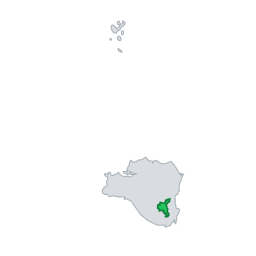 location of Orellana, Orellana, Ecuador, rotated 75°
{"feature_id": "8360857B2632512841058", "entity_name": "Orellana", "entity_type": "district", "adm_level": 2, "iso_a3": "ECU", "parent_name": "Ecuador", "parent_adm1": "Orellana", "projection": "mercator", "projection_center": [-76.797, -0.605], "detail": "fine", "context": "in_parent", "style": "filled", "palette": "green", "viewbox_px": 256, "rotation_deg": 75, "n_neighbors": 0, "source": "geoboundaries", "source_scale": "gbopen_adm2", "svg_char_len": 6784}
<svg xmlns="http://www.w3.org/2000/svg" viewBox="0 0 256 256"><g transform="rotate(75 128 128)"><path d="M233.0,106.6L232.3,107.1L230.6,107.2L229.2,106.8L228.7,106.8L228.6,107.3L230.4,108.4L231.2,110.5L232.5,111.7L233.3,112.4L233.4,112.8L233.1,113.6L233.1,114.3L233.5,117.5L233.2,117.7L232.2,117.7L231.5,117.1L229.4,124.9L222.7,132.7L215.1,138.2L206.4,141.4L199.9,143.6L198.9,144.4L195.8,148.3L195.6,148.7L196.0,149.4L196.1,149.8L195.6,150.1L195.2,150.1L195.0,149.9L194.9,149.4L194.5,149.0L194.0,148.8L193.7,148.9L193.7,149.4L193.0,151.5L193.0,152.5L192.7,152.9L192.7,153.8L192.1,154.7L191.6,156.1L191.0,156.5L190.4,158.7L189.4,160.9L189.3,161.7L189.6,162.2L189.7,162.6L189.3,164.0L187.0,165.3L186.4,165.9L186.2,166.7L186.4,167.3L186.3,167.8L185.6,168.0L184.8,169.2L184.3,169.5L182.9,169.1L181.8,169.1L181.0,168.7L179.4,166.6L178.8,165.4L178.6,163.7L177.0,162.6L175.0,162.9L174.4,162.5L172.9,161.7L171.6,160.9L170.6,160.5L169.9,160.7L168.6,162.1L167.5,162.7L166.9,162.7L166.2,162.3L166.1,161.8L167.9,159.4L166.6,159.4L166.1,158.8L166.1,158.3L165.8,157.6L166.1,156.8L166.8,156.4L167.8,156.8L168.5,156.8L169.0,156.1L169.9,155.5L170.1,155.1L169.6,154.0L169.5,153.3L169.6,153.0L169.6,151.7L169.3,151.3L169.2,150.6L169.0,150.2L168.9,149.3L168.2,148.8L170.3,148.0L171.1,147.4L172.1,146.8L172.9,145.9L173.4,145.0L174.7,141.0L175.9,138.4L175.7,137.2L174.7,135.5L174.5,133.1L174.5,132.4L174.4,131.8L173.8,132.8L173.9,136.4L173.4,138.0L172.5,138.4L172.0,138.1L172.3,135.5L171.7,136.0L170.8,137.8L169.2,139.1L169.1,139.5L168.7,140.1L167.5,139.6L166.6,139.0L163.6,136.1L161.6,135.4L160.4,134.4L160.2,134.0L160.0,133.4L161.2,132.8L162.5,131.9L162.6,130.1L162.6,128.7L161.7,126.2L162.1,123.0L161.9,121.8L160.8,119.1L161.6,117.8L164.4,116.8L165.3,116.1L165.9,114.0L166.5,112.8L167.8,113.3L168.8,113.2L167.4,112.7L166.4,110.8L166.2,110.0L168.3,107.4L169.3,106.7L170.7,105.3L171.8,103.2L172.1,100.0L171.6,97.6L171.3,95.1L171.9,94.5L173.6,94.2L175.0,93.4L175.7,92.6L177.4,92.7L179.3,91.6L182.3,91.0L186.5,89.7L187.5,88.6L187.1,86.5L188.6,87.7L189.4,88.7L191.5,89.8L194.1,91.8L195.8,92.8L197.6,93.7L200.3,94.6L201.9,94.4L202.6,95.9L203.2,96.4L204.8,96.9L205.0,97.0L205.5,99.8L205.9,100.2L207.2,100.6L208.9,100.8L209.5,100.7L211.0,101.4L213.2,102.0L214.0,102.1L214.3,102.0L214.5,101.7L215.1,101.8L216.1,102.1L217.5,102.2L218.3,101.9L218.5,100.4L218.9,100.0L219.8,99.5L220.4,99.6L223.0,100.8L223.5,101.2L224.2,102.0L225.4,103.3L226.7,104.1L228.8,104.4L230.7,105.7L233.0,106.6ZM27.4,104.9L28.2,105.7L28.7,108.1L31.2,110.6L31.6,112.0L31.3,112.6L31.4,112.9L32.7,113.9L33.5,114.9L32.1,117.3L29.2,118.3L26.1,118.3L25.5,118.0L24.7,117.1L24.5,116.3L25.0,115.5L26.6,114.3L29.1,113.2L29.4,112.4L28.4,111.6L27.7,110.0L26.2,108.9L25.4,105.5L24.9,105.4L23.8,105.8L23.3,105.4L23.2,105.2L24.4,104.4L24.6,103.9L26.3,103.6L27.0,104.1L27.4,104.9ZM39.5,115.1L38.8,115.2L36.8,113.9L36.9,112.7L37.7,111.9L40.3,111.5L41.4,112.2L41.3,113.7L40.4,114.8L39.7,115.0L39.5,115.1ZM170.7,143.5L170.5,144.0L169.2,143.9L168.9,143.8L169.2,141.4L169.5,140.6L170.5,139.9L171.4,139.6L172.4,139.6L173.6,140.3L172.2,141.5L171.2,141.8L170.7,143.5ZM25.4,111.2L24.1,111.4L23.1,110.9L22.6,110.3L22.5,109.2L22.6,108.9L25.0,108.5L25.8,109.4L25.8,110.6L25.4,111.2ZM51.3,116.9L49.7,117.5L48.9,117.0L48.8,116.7L49.7,115.9L50.5,115.4L51.2,114.5L52.5,114.0L52.9,114.1L53.2,114.3L53.3,114.6L52.8,115.3L52.0,115.9L51.3,116.9ZM36.4,109.5L35.8,109.9L33.4,109.5L32.6,108.7L33.2,107.7L33.7,107.3L35.2,107.7L36.7,108.8L36.4,109.5ZM38.3,122.5L37.8,122.5L37.1,121.9L37.6,120.9L38.7,121.5L38.9,121.8L38.3,122.5ZM186.4,89.1L185.7,89.2L185.4,88.6L186.2,87.9L186.5,87.7L186.4,89.1Z" fill="#d9dde1" stroke="#a8b0b8" stroke-width="1"/><path d="M223.8,112.3L223.1,111.7L222.9,111.4L222.8,111.0L222.6,110.9L222.2,111.0L221.8,110.9L221.3,110.9L220.8,111.0L220.5,111.0L220.1,111.4L219.6,111.5L219.4,111.6L219.1,111.9L218.9,111.9L218.4,111.5L217.8,111.5L217.6,111.3L217.4,110.9L217.1,110.9L216.7,110.5L216.2,110.6L215.9,111.0L215.7,111.1L214.9,111.1L214.6,111.0L214.3,111.0L214.1,110.9L213.9,110.8L213.6,110.9L212.5,111.2L212.3,111.1L212.3,110.9L212.2,110.9L211.8,110.8L211.8,110.7L211.7,110.4L211.6,110.2L211.1,110.2L211.2,109.8L210.8,109.6L210.7,109.4L210.7,109.2L210.3,108.8L210.2,108.1L210.3,107.8L210.1,107.7L209.9,107.3L209.7,107.2L209.6,106.8L209.3,106.8L209.0,106.5L208.6,106.5L208.4,106.5L208.3,106.4L208.0,106.2L207.7,106.0L207.5,105.9L207.2,105.8L207.1,106.0L207.2,106.4L207.3,106.6L207.3,106.8L207.4,107.0L207.2,107.0L207.2,107.3L207.1,107.6L207.1,107.8L207.4,107.9L207.4,108.0L207.5,108.3L207.6,108.5L207.4,108.6L207.5,108.6L207.6,108.9L207.7,109.0L207.5,109.3L207.4,109.5L207.2,109.6L207.2,109.8L207.3,109.9L207.3,110.0L207.5,110.1L207.9,110.1L208.0,110.3L207.9,110.3L207.7,110.3L207.8,110.3L207.9,110.5L208.3,110.8L208.5,110.9L208.6,111.0L208.6,110.9L208.7,111.0L208.9,111.1L209.0,111.1L209.1,110.9L209.3,111.2L209.3,111.5L209.2,111.6L209.8,112.1L209.9,112.3L210.0,112.3L209.9,112.5L209.7,112.7L209.7,112.9L209.6,113.1L209.3,114.0L209.5,114.2L209.4,114.6L209.1,114.7L209.1,114.9L208.9,115.0L208.7,115.0L208.5,115.3L208.5,115.5L208.3,115.6L208.4,115.9L208.5,116.0L208.4,116.2L208.5,116.2L208.8,116.3L208.9,116.5L209.0,116.4L209.1,116.5L209.2,116.8L209.5,116.8L209.8,117.0L210.2,116.9L210.6,117.1L210.4,117.2L210.3,117.3L210.1,117.5L210.1,117.8L210.3,117.9L210.6,117.9L210.3,118.0L210.2,118.2L210.1,118.3L209.8,118.4L209.8,118.6L209.9,118.8L210.0,118.8L210.0,119.0L210.4,119.4L210.5,119.3L210.8,119.3L211.0,119.3L211.3,119.4L211.3,119.5L211.5,119.6L211.8,119.6L212.0,119.7L212.3,119.7L212.3,119.8L212.5,119.9L212.5,120.0L212.8,120.1L213.0,120.2L213.2,119.9L213.2,119.5L213.3,119.5L213.5,119.5L213.6,119.4L213.8,119.3L213.9,119.2L214.0,119.3L214.3,119.4L214.5,119.4L214.6,119.2L215.0,119.1L215.3,119.0L215.4,118.8L215.5,118.9L215.8,118.9L215.9,119.0L215.9,118.9L216.0,119.0L216.3,119.0L216.3,118.9L216.3,119.0L216.3,115.6L216.5,115.6L216.8,115.5L217.0,115.5L217.2,115.4L217.3,115.4L217.3,115.5L217.3,115.4L217.3,115.5L217.5,115.5L217.6,115.4L217.7,115.5L217.7,115.4L217.8,115.5L217.8,115.4L218.0,115.4L218.3,115.3L218.2,115.2L218.3,115.2L218.4,114.9L218.5,114.9L218.7,114.7L218.8,114.7L219.1,114.5L219.1,114.4L219.3,114.3L219.5,114.5L219.5,114.3L219.9,114.4L220.0,114.3L220.0,114.1L220.1,114.3L220.2,114.2L220.3,114.1L220.2,114.2L220.3,114.3L220.3,114.2L220.5,113.9L220.6,113.6L220.8,113.6L220.9,113.8L221.1,113.8L221.1,113.7L221.3,113.6L221.5,113.5L221.5,113.3L221.7,113.5L221.9,113.4L221.9,113.5L222.0,113.5L222.0,113.4L222.3,113.4L222.3,113.5L222.3,113.4L222.4,113.2L222.5,113.4L222.8,113.4L222.8,113.5L223.0,113.3L223.1,113.5L223.2,113.4L223.2,113.5L223.4,113.5L223.5,113.7L223.5,113.8L223.6,114.0L223.4,114.0L223.5,114.1L223.5,114.4L223.7,114.2L223.7,114.3L223.7,114.2L223.8,114.4L223.8,112.3Z" fill="#22c55e" stroke="#15803d" stroke-width="1.5"/></g></svg>